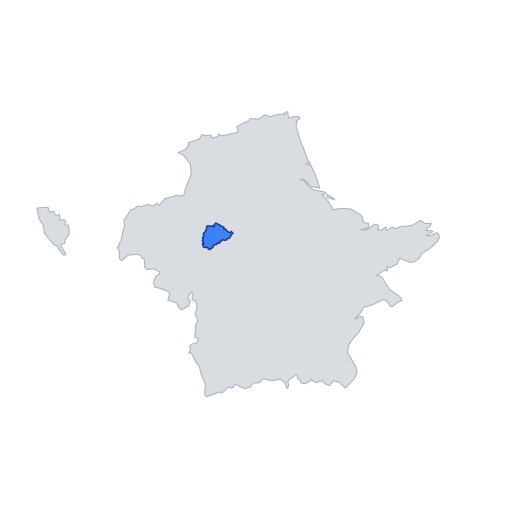 where Haute-Loire sits in France, rotated 147°
{"feature_id": "FRA-5299", "entity_name": "Haute-Loire", "entity_type": "Metropolitan department", "adm_level": 1, "iso_a3": "FRA", "parent_name": "France", "parent_adm1": "", "projection": "orthographic", "projection_center": [3.906, 45.086], "detail": "fine", "context": "in_parent", "style": "filled", "palette": "blue", "viewbox_px": 512, "rotation_deg": 147, "n_neighbors": 0, "source": "natural_earth", "source_scale": "10m", "svg_char_len": 6268}
<svg xmlns="http://www.w3.org/2000/svg" viewBox="0 0 512 512"><g transform="rotate(147 256 256)"><path d="M365.1,211.2L362.4,212.9L360.9,216.0L359.2,216.8L356.0,216.9L354.5,215.1L350.7,216.5L349.3,218.5L351.6,220.8L344.5,230.9L339.8,233.7L338.9,240.1L333.4,245.1L331.4,250.2L331.2,251.2L332.7,252.9L332.2,256.2L329.4,258.4L329.4,260.5L330.3,260.8L334.7,259.0L336.3,257.0L335.3,254.3L339.7,250.9L347.7,251.5L348.8,255.8L347.9,259.5L353.9,267.2L349.1,271.1L348.8,273.6L354.3,281.4L357.7,284.6L356.2,290.0L350.8,293.7L347.2,293.5L345.7,294.5L346.0,296.1L348.6,300.9L354.7,303.8L355.7,307.5L354.1,308.9L351.5,314.5L352.8,317.2L352.4,318.4L353.1,320.3L354.8,322.1L363.3,326.5L370.9,325.2L372.0,327.9L367.6,335.4L368.0,338.6L365.7,338.8L365.3,339.9L360.7,342.5L353.3,350.2L349.8,352.5L348.5,356.2L346.5,358.4L335.6,362.9L333.5,362.0L328.1,362.3L324.7,359.7L318.2,358.1L316.0,354.3L310.1,353.7L309.7,351.1L301.3,353.6L289.5,350.1L285.3,346.3L281.9,347.3L278.9,350.7L266.1,359.6L260.9,368.8L261.8,379.6L264.7,385.0L256.9,384.0L252.2,385.6L250.9,387.8L239.8,384.9L235.7,387.1L234.5,386.9L233.2,384.6L227.8,381.9L228.7,380.1L228.0,378.5L222.9,377.1L221.0,378.6L219.2,375.4L205.1,370.0L202.8,370.0L201.7,374.8L192.5,374.3L191.2,373.4L185.2,374.1L179.1,369.2L172.1,369.7L168.1,364.8L163.9,364.2L158.2,361.5L155.6,360.1L155.3,358.7L153.5,360.7L151.3,360.0L150.9,359.4L152.5,356.9L152.9,353.9L145.8,351.1L144.0,348.8L144.1,347.7L148.0,346.9L151.8,343.0L156.1,328.0L159.7,310.2L161.6,307.0L163.9,306.2L162.3,303.6L159.9,306.7L162.3,290.3L165.6,278.2L171.2,283.6L172.4,285.8L173.8,293.3L177.0,296.6L175.0,293.5L173.4,283.6L172.2,280.7L163.3,271.9L163.1,270.0L167.1,271.3L165.8,265.1L165.7,252.2L160.1,250.5L151.5,244.4L146.0,234.2L145.6,230.5L147.5,226.7L146.3,224.1L143.8,222.2L146.1,219.1L147.9,218.8L154.2,221.2L149.2,217.7L140.6,218.1L137.3,216.7L136.9,214.4L139.5,211.6L136.8,209.5L131.9,209.6L131.4,208.7L133.0,206.7L131.8,205.8L127.8,206.3L125.7,205.4L123.8,202.8L117.5,201.7L116.2,200.2L107.8,196.6L98.6,196.2L96.6,191.1L91.3,188.1L92.5,186.7L98.2,185.9L99.4,184.6L95.6,182.2L94.4,180.1L101.9,180.4L98.8,177.9L91.6,177.3L91.0,174.4L92.2,171.5L96.7,169.3L107.3,167.4L114.8,168.1L120.4,165.2L125.7,164.7L130.5,166.8L136.6,175.8L142.3,172.5L150.3,173.3L151.8,175.5L154.2,171.8L155.8,174.1L165.7,174.1L163.5,172.4L161.9,168.7L162.5,155.5L158.2,145.7L157.3,142.1L157.8,139.2L163.5,140.1L168.4,139.1L170.6,140.2L170.8,146.4L172.5,150.0L185.8,151.9L193.5,154.2L200.1,151.1L206.3,149.8L206.8,149.0L203.3,149.2L200.2,147.5L199.8,145.9L201.7,141.1L211.2,136.2L224.8,132.2L228.4,129.3L232.5,124.0L231.7,122.6L232.8,107.9L234.9,103.1L240.0,99.7L252.9,96.5L254.4,101.2L254.3,103.8L257.6,108.0L259.3,109.3L265.0,107.2L267.6,111.1L268.4,115.4L275.2,117.3L277.2,122.9L278.4,121.7L282.7,122.0L284.7,122.4L287.5,124.9L286.7,128.3L287.9,130.0L286.7,133.1L287.6,134.4L295.5,134.4L297.9,133.0L298.9,129.8L301.3,127.9L302.2,128.5L300.7,134.3L301.9,135.8L302.5,140.0L305.5,140.3L311.4,143.6L316.4,149.0L322.5,148.0L327.4,150.9L332.3,149.2L337.1,150.7L338.8,152.3L343.4,159.9L346.7,158.2L349.2,159.1L350.0,161.3L359.0,159.6L360.7,161.7L362.6,162.4L374.2,164.8L374.5,167.7L368.3,176.3L366.0,188.3L364.2,192.5L363.6,195.6L364.3,197.6L364.1,200.8L363.0,208.6L363.9,210.8L365.1,211.2ZM417.8,367.9L417.5,372.8L419.5,376.2L421.0,390.2L417.8,397.2L417.6,405.5L413.6,415.5L406.1,411.6L403.8,409.4L405.5,405.5L401.2,403.8L402.0,400.1L401.5,398.3L398.5,398.3L398.3,397.3L400.3,394.4L400.2,392.7L397.3,390.7L396.6,388.8L399.2,386.5L397.9,384.6L396.4,384.2L399.6,377.6L402.0,375.5L407.5,373.4L409.6,370.8L413.4,371.9L414.0,371.2L414.5,361.0L415.8,360.8L417.0,362.1L417.8,367.9ZM164.1,265.7L163.1,268.5L159.8,263.3L159.5,260.5L164.1,265.7Z" fill="#d9dde1" stroke="#a8b0b8" stroke-width="1"/><path d="M263.2,289.9L263.2,288.7L263.2,288.1L263.0,287.6L264.5,287.6L265.3,287.4L266.1,286.5L266.5,286.3L267.3,286.1L267.7,285.9L268.2,285.4L268.6,285.4L269.5,286.0L269.8,286.1L271.9,285.6L272.4,285.6L273.9,286.3L274.1,286.6L274.5,287.4L274.8,287.7L275.2,287.9L275.5,287.8L276.1,287.3L276.5,287.2L277.8,287.8L278.4,287.8L278.9,287.6L279.1,286.9L279.4,286.6L281.3,287.5L281.4,287.8L281.5,287.9L281.7,288.0L281.9,287.9L282.1,287.6L282.3,287.4L282.7,287.3L283.1,287.2L283.3,287.2L283.5,287.4L283.7,287.7L283.8,287.9L284.0,288.0L284.3,288.0L285.0,287.9L287.0,287.6L287.4,287.3L287.5,287.1L287.5,286.9L287.5,286.7L288.0,286.6L288.6,286.6L289.1,286.7L290.0,287.0L290.4,287.0L290.6,286.9L290.9,286.5L291.1,286.4L291.3,286.5L291.6,286.8L292.1,287.6L292.2,288.0L292.2,288.3L292.1,288.5L291.9,289.0L292.1,289.6L292.2,289.9L292.3,290.2L292.4,290.3L292.8,290.4L293.5,290.5L294.1,290.8L294.8,291.6L295.2,291.9L295.2,292.2L295.2,292.5L295.0,293.2L294.6,294.0L294.4,294.4L294.4,294.6L294.4,295.0L294.3,295.3L294.2,295.4L294.1,295.6L293.9,295.5L293.7,295.4L293.6,295.2L293.4,295.1L293.2,295.0L293.0,294.9L292.8,294.9L292.7,295.0L292.7,295.3L292.8,295.5L293.0,295.9L293.0,296.1L292.9,296.3L292.6,296.5L292.3,296.9L292.2,297.2L292.2,297.4L292.6,297.8L292.7,298.0L292.5,298.3L292.1,298.5L291.6,298.5L291.3,298.6L291.1,298.8L290.9,299.1L290.8,299.3L290.8,299.5L291.0,299.9L291.1,300.1L291.0,300.3L290.7,300.5L289.9,300.8L289.5,300.7L289.3,300.7L289.1,300.8L289.0,301.1L288.9,301.6L288.8,301.8L288.6,302.3L288.0,303.3L287.8,303.5L287.6,303.6L287.3,303.7L286.6,303.8L285.6,304.0L285.0,303.9L284.7,304.0L284.4,304.5L284.3,304.9L284.1,305.0L283.8,305.1L283.4,305.3L283.2,305.3L282.8,305.5L281.7,307.2L281.6,307.4L281.5,307.5L281.0,307.8L280.4,307.6L280.1,307.5L280.0,307.3L279.8,307.2L279.5,307.1L279.2,306.9L278.5,306.3L277.8,305.6L277.6,305.4L277.3,305.3L276.0,305.1L275.9,305.0L275.8,304.8L275.9,304.7L276.0,304.5L276.0,304.3L276.0,304.0L275.8,303.8L275.6,303.7L275.2,303.6L274.9,303.6L274.6,303.6L274.4,303.8L274.3,304.2L274.3,304.6L274.2,304.8L274.0,305.0L273.8,305.2L273.6,305.2L272.8,305.2L272.6,305.3L272.4,305.4L272.0,305.6L271.7,305.4L271.3,304.9L269.9,302.3L269.7,301.6L269.6,301.2L269.4,300.9L269.1,301.0L269.1,300.3L268.8,299.7L267.4,298.1L267.3,297.7L267.4,297.1L267.7,296.8L268.0,296.5L268.3,296.2L268.2,295.7L267.5,295.5L267.3,295.4L266.9,294.9L266.8,294.3L266.8,293.2L266.7,292.7L266.2,292.1L266.0,291.7L265.9,290.5L265.7,290.2L265.1,289.9L264.4,289.7L263.2,289.9Z" fill="#3b82f6" stroke="#1e3a8a" stroke-width="1.5"/></g></svg>